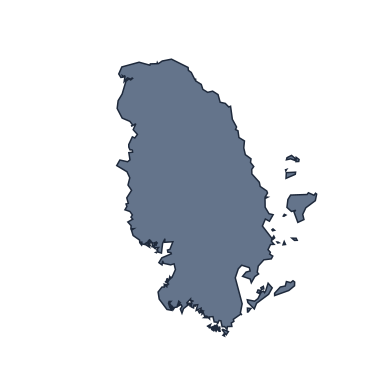 outline of Guimaras, Guimaras, Philippines, rotated 316°
{"feature_id": "2640588B8298467794963", "entity_name": "Guimaras", "entity_type": "district", "adm_level": 2, "iso_a3": "PHL", "parent_name": "Philippines", "parent_adm1": "Guimaras", "projection": "albers", "projection_center": [122.576, 10.57], "detail": "fine", "context": "isolated", "style": "filled", "palette": "slate", "viewbox_px": 384, "rotation_deg": 316, "n_neighbors": 0, "source": "geoboundaries", "source_scale": "gbopen_adm2", "svg_char_len": 6148}
<svg xmlns="http://www.w3.org/2000/svg" viewBox="0 0 384 384"><g transform="rotate(316 192 192)"><path d="M228.4,53.3L221.3,56.2L220.4,60.2L222.3,61.6L223.0,61.3L222.7,60.2L222.8,60.0L223.1,61.5L224.2,61.7L224.2,62.2L220.0,65.4L224.8,65.1L226.4,68.3L228.1,68.4L228.2,69.0L225.7,68.8L225.2,66.8L221.3,66.5L209.8,73.0L202.3,75.0L196.2,79.9L193.1,90.3L196.4,98.1L195.8,102.8L194.6,102.4L194.5,102.7L198.4,103.7L198.5,104.1L193.0,106.3L192.7,112.7L188.4,113.4L187.4,110.9L179.5,113.9L177.7,115.8L176.7,118.3L177.1,117.7L176.7,118.7L177.9,119.7L178.1,120.3L178.0,120.8L176.9,122.1L173.9,119.8L169.7,125.8L166.7,125.5L162.3,118.9L156.2,120.7L159.3,132.3L157.1,138.6L150.8,142.5L149.7,148.8L141.0,150.9L138.3,155.9L136.2,154.8L135.1,157.2L131.4,158.2L133.8,162.9L133.2,167.1L130.6,167.7L130.5,170.4L125.0,169.0L124.8,173.9L122.4,176.1L124.7,178.0L121.9,177.5L119.4,182.4L120.9,190.1L119.5,191.8L121.1,193.2L119.9,194.5L121.8,197.3L122.5,196.6L123.8,196.9L122.1,197.9L123.1,201.9L124.6,198.0L126.1,197.1L126.2,197.4L126.6,197.0L127.8,196.8L128.3,196.9L128.3,199.8L127.1,197.2L125.3,198.8L128.2,200.8L125.6,203.7L129.0,203.9L129.1,202.1L131.4,203.2L129.9,204.3L132.3,204.5L129.5,204.6L129.7,205.9L128.7,204.5L126.0,205.1L126.2,207.8L126.8,206.3L129.4,208.7L125.7,209.2L127.4,209.3L125.8,211.5L127.6,214.7L135.1,208.6L140.1,206.8L137.4,209.2L143.7,214.5L136.3,217.9L134.0,216.7L132.8,218.5L134.7,220.9L134.2,222.1L124.6,218.4L119.1,219.8L119.8,223.6L123.1,221.1L122.0,223.5L126.0,229.6L129.2,231.2L126.2,236.3L118.3,239.5L117.3,238.2L117.0,239.4L116.3,239.4L117.0,237.6L114.4,239.3L113.9,236.7L114.1,238.0L113.4,239.8L113.2,237.3L111.7,238.2L113.0,240.4L110.2,237.9L111.9,240.7L110.9,239.4L111.1,241.9L109.9,241.9L108.5,239.8L108.6,242.1L108.1,242.6L107.4,239.7L105.9,241.1L104.4,239.5L98.1,240.4L94.0,246.3L92.4,259.1L95.2,263.0L96.1,259.3L97.8,255.7L99.5,254.8L100.9,256.1L98.6,256.2L98.2,258.9L96.3,259.6L97.7,261.1L98.4,259.6L98.2,262.3L101.4,264.4L106.6,261.4L106.7,263.6L103.8,263.6L105.9,265.5L105.3,267.4L102.3,268.1L100.6,272.2L104.9,270.0L110.3,270.5L111.4,268.1L116.7,267.9L115.7,268.9L117.3,271.6L115.4,269.9L114.5,271.9L112.0,269.3L110.9,270.7L113.6,271.6L110.8,272.7L113.5,272.6L111.7,274.2L112.6,276.5L114.4,275.0L115.3,276.9L115.3,275.1L117.8,277.0L112.7,280.1L117.8,281.9L116.4,283.0L117.5,285.4L114.5,284.9L116.2,286.0L114.6,286.8L116.1,287.0L114.9,290.1L116.4,291.7L116.5,295.4L117.7,293.9L120.5,296.2L117.7,300.9L119.8,303.3L118.6,304.7L122.2,303.2L123.3,304.7L120.1,309.8L121.9,311.4L121.8,315.1L124.0,313.4L127.3,316.4L129.3,313.5L132.2,314.2L133.3,312.3L142.2,313.7L142.4,315.1L142.8,312.6L150.4,307.3L163.5,283.8L172.0,279.4L176.9,279.2L180.7,286.2L179.0,289.2L175.3,287.2L169.8,287.8L173.4,295.0L171.6,298.5L178.4,296.5L183.0,297.2L183.2,295.0L188.2,291.3L196.6,290.7L202.6,295.2L205.6,294.2L204.7,290.6L206.5,289.8L206.6,286.3L212.0,284.3L214.7,286.7L214.9,282.6L217.2,281.0L219.0,265.4L226.0,262.4L227.4,266.8L234.6,264.7L232.3,261.1L234.0,253.8L240.0,247.4L242.8,248.3L241.2,246.4L245.6,245.2L246.5,243.2L244.9,235.4L247.2,231.7L247.6,220.6L250.7,217.2L254.1,216.6L254.6,211.4L257.5,209.1L256.3,202.2L259.8,196.3L265.2,191.7L263.6,185.4L267.6,179.9L266.7,177.3L269.2,176.2L271.5,167.8L279.3,157.1L277.5,156.4L277.5,151.4L274.6,147.0L278.4,140.0L276.9,133.8L272.5,131.2L271.1,125.7L273.4,121.0L271.8,114.8L273.4,112.8L272.6,113.5L272.1,113.2L274.5,105.5L273.9,102.0L275.7,99.7L269.5,82.2L261.6,77.1L257.0,76.3L251.0,70.9L249.8,71.5L244.1,61.9L228.4,53.3ZM273.0,273.7L260.8,262.7L255.8,264.0L249.6,269.0L250.0,275.1L254.0,277.2L251.5,277.2L247.0,287.4L253.4,289.6L256.1,285.0L262.9,282.4L274.7,283.9L280.2,280.1L280.0,278.7L277.5,279.1L275.2,273.4L273.0,273.7ZM161.2,314.0L156.9,307.9L155.4,310.4L155.6,319.4L161.1,316.9L176.1,318.8L183.1,316.7L183.4,310.5L176.3,314.3L174.3,314.8L174.5,312.9L172.2,312.1L165.4,314.5L161.2,314.0ZM189.5,321.7L181.1,322.2L179.5,323.9L193.2,330.1L200.6,330.7L203.3,328.1L203.0,326.0L200.0,325.7L197.7,322.0L193.8,324.4L189.5,321.7ZM280.3,249.7L273.3,243.6L269.1,247.5L278.6,251.0L280.3,249.7ZM284.2,233.3L282.3,234.4L286.0,236.7L288.0,240.9L289.5,239.1L289.0,234.8L284.2,233.3ZM121.2,317.7L118.8,312.2L118.0,312.2L117.4,318.5L121.2,317.7ZM290.0,244.2L291.6,243.0L291.0,239.5L287.9,242.4L290.0,244.2ZM153.5,316.7L151.2,314.0L148.6,316.9L149.2,317.3L153.5,316.7ZM171.5,308.3L169.0,309.4L169.8,311.4L173.1,310.8L171.5,308.3ZM113.3,300.2L109.2,299.1L110.7,299.6L110.1,301.7L111.9,303.6L110.7,304.5L111.4,307.7L111.4,304.5L112.6,303.5L110.6,301.4L113.3,300.2ZM234.1,299.8L234.8,297.6L231.8,294.6L232.1,298.0L234.1,299.8ZM176.4,311.6L177.8,309.4L175.0,308.7L174.4,310.3L176.4,311.6ZM222.8,294.7L223.9,291.7L220.8,293.2L222.8,294.7ZM114.2,306.4L114.3,305.2L113.3,305.7L112.6,308.9L115.3,308.4L113.4,308.4L113.2,307.8L115.2,307.7L114.2,306.4ZM224.8,276.9L224.6,274.8L223.2,274.7L223.0,275.9L224.8,276.9ZM243.5,273.8L242.9,272.2L240.9,272.7L241.2,273.3L243.5,273.8ZM116.5,306.6L115.3,308.7L117.2,309.6L118.0,308.5L116.4,308.5L116.5,306.6ZM116.5,304.6L114.3,303.7L114.9,304.5L113.5,304.6L112.9,305.4L113.4,305.0L116.5,304.6ZM113.9,282.2L113.3,284.2L115.3,284.5L115.6,283.1L113.9,282.2ZM220.2,280.5L216.8,281.4L216.9,282.3L219.6,282.4L220.2,280.5ZM117.2,305.1L115.1,305.9L117.2,306.4L117.2,305.1ZM115.4,290.9L113.3,290.6L115.1,292.5L115.4,290.9ZM119.3,195.0L119.2,192.2L118.9,195.2L119.3,195.0ZM98.3,263.2L97.0,261.9L96.5,262.1L96.7,263.6L98.3,263.2ZM115.3,309.0L114.7,311.0L115.5,311.7L116.4,310.1L115.3,309.0ZM125.4,199.7L124.1,199.7L124.8,201.5L125.4,199.7ZM274.2,241.9L275.8,241.5L274.7,241.0L274.2,241.9ZM219.4,289.0L219.1,287.8L218.4,287.0L218.2,288.2L219.4,289.0ZM116.7,317.1L115.6,315.7L115.9,316.8L116.7,317.1ZM103.5,264.7L102.9,263.6L102.3,264.4L103.5,264.7ZM114.1,304.0L112.6,304.2L113.0,304.9L114.1,304.0ZM115.9,316.9L114.8,316.7L115.3,318.1L115.9,316.9ZM115.6,306.8L114.4,306.6L115.2,307.1L115.6,306.8ZM125.0,210.7L124.0,210.3L124.3,211.0L125.0,210.7ZM96.8,261.0L96.1,260.5L96.3,261.7L96.8,261.0ZM256.9,74.8L256.1,75.3L256.6,75.7L256.9,74.8ZM226.4,68.4L225.6,68.3L226.1,68.6L226.4,68.4ZM112.8,305.6L112.1,305.6L112.7,306.0L112.8,305.6Z" fill="#64748b" stroke="#1e293b" stroke-width="1.5"/></g></svg>